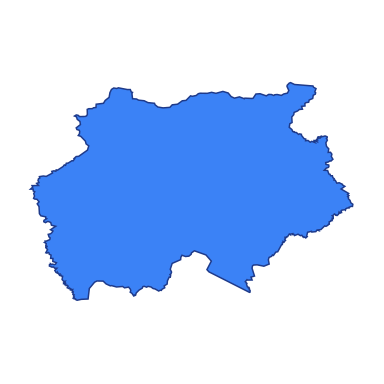 Khlong Lan, Kamphaeng Phet, Thailand, rotated 94°
{"feature_id": "78962969B45862873771637", "entity_name": "Khlong Lan", "entity_type": "district", "adm_level": 2, "iso_a3": "THA", "parent_name": "Thailand", "parent_adm1": "Kamphaeng Phet", "projection": "equal_earth", "projection_center": [99.272, 16.258], "detail": "fine", "context": "isolated", "style": "filled", "palette": "blue", "viewbox_px": 384, "rotation_deg": 94, "n_neighbors": 0, "source": "geoboundaries", "source_scale": "gbopen_adm2", "svg_char_len": 5922}
<svg xmlns="http://www.w3.org/2000/svg" viewBox="0 0 384 384"><g transform="rotate(94 192 192)"><path d="M289.7,271.3L291.3,267.0L291.0,265.6L292.0,260.7L291.1,254.6L292.3,252.6L291.3,248.6L293.3,246.7L294.8,246.2L296.2,246.7L297.3,244.8L299.8,242.9L299.1,241.5L298.7,241.9L298.4,241.0L296.6,240.6L293.4,237.8L291.5,235.0L289.8,234.4L289.4,233.1L290.1,230.6L289.2,229.3L289.6,226.3L291.0,224.1L291.3,222.1L293.1,218.3L292.2,216.8L292.3,215.7L291.1,215.1L289.4,212.5L287.6,213.2L285.6,210.4L282.3,210.3L278.5,208.8L278.5,207.7L276.8,207.5L275.8,208.2L275.4,207.4L273.3,206.8L270.6,208.3L264.6,206.8L260.3,198.6L258.0,198.6L255.8,197.6L256.8,193.9L256.2,190.6L254.2,188.5L252.8,188.3L250.5,185.5L253.8,173.7L259.6,167.9L268.4,171.7L270.5,169.5L288.1,127.7L287.8,127.1L286.0,127.2L285.7,128.1L284.4,128.0L283.8,129.0L283.2,128.6L282.7,130.2L279.7,131.3L279.3,130.9L277.8,132.6L275.6,131.0L276.0,130.4L275.6,125.9L272.8,127.2L271.5,123.8L263.8,126.8L261.5,126.5L260.6,125.6L260.1,122.0L261.0,115.1L258.5,110.0L254.3,111.1L251.9,110.6L250.6,108.1L249.2,107.4L249.6,106.3L246.2,104.3L245.6,102.3L238.3,99.0L238.1,98.2L236.3,98.3L235.9,97.0L235.0,97.6L235.1,96.5L233.7,95.3L232.7,96.2L231.8,95.6L230.8,96.0L230.8,94.8L230.1,94.6L230.0,93.6L227.1,92.0L227.9,90.6L227.1,90.6L226.5,88.6L227.4,88.6L227.1,87.5L228.3,86.8L226.7,83.3L228.0,80.8L227.5,79.4L229.0,78.3L228.8,77.6L229.5,77.2L229.1,76.3L229.9,75.3L228.4,73.9L227.9,74.5L224.1,73.9L222.9,70.1L223.6,69.7L222.9,65.7L221.2,64.6L221.6,63.0L221.0,63.5L220.5,60.8L216.6,57.3L216.9,56.0L215.7,54.1L214.6,53.6L214.5,52.8L212.2,53.1L211.5,51.5L210.8,51.5L210.7,50.2L210.1,50.5L208.9,49.5L208.4,50.2L208.1,49.3L206.7,49.4L205.9,50.5L205.0,49.0L204.0,48.5L204.7,46.9L205.2,46.9L205.3,45.6L203.9,44.2L201.9,43.9L202.8,43.1L202.6,42.3L201.9,42.4L201.9,41.4L200.3,41.9L199.7,41.3L199.0,38.4L199.5,37.7L198.0,37.4L197.2,36.1L196.9,34.2L196.4,34.4L195.2,32.1L195.2,30.9L193.0,30.7L191.7,32.8L189.3,33.8L187.9,35.5L186.5,35.5L185.8,36.4L184.7,35.2L183.7,36.7L182.5,35.6L178.6,43.5L175.7,39.9L174.5,42.3L173.8,42.5L172.5,45.8L173.1,48.1L170.3,49.9L170.1,51.3L168.9,51.0L167.8,52.5L166.0,53.1L166.1,54.9L164.7,55.5L164.5,56.7L161.1,58.2L161.1,61.6L158.9,59.8L157.9,57.6L156.9,57.2L155.5,57.5L155.1,60.3L153.3,60.7L152.6,58.2L151.3,56.6L151.5,55.6L149.5,53.7L146.9,55.5L144.5,55.1L142.7,56.6L143.0,58.9L139.4,58.6L137.1,61.0L133.6,61.9L130.8,60.6L129.1,61.7L128.5,60.9L127.4,61.1L126.8,63.2L127.7,65.6L127.2,66.7L127.6,67.6L128.3,67.1L129.4,68.1L129.2,68.9L128.1,69.2L128.2,70.1L128.7,70.4L129.4,69.4L129.9,70.6L131.1,70.4L130.6,71.0L131.6,71.9L133.0,70.9L132.0,73.8L132.8,74.1L134.0,73.0L133.1,76.1L134.1,77.5L132.5,79.9L132.9,82.3L131.3,82.2L130.9,84.0L127.8,86.8L126.8,86.9L126.5,88.7L127.1,89.7L125.4,92.0L125.3,94.2L124.7,94.3L124.6,95.8L122.7,96.7L120.7,99.5L117.1,99.2L115.7,97.0L110.2,97.7L107.8,95.9L105.5,95.7L103.8,92.3L102.2,90.7L101.7,87.6L98.9,88.7L98.3,85.3L95.8,85.6L94.9,84.5L94.3,81.9L92.0,81.5L90.3,78.1L87.0,77.8L85.8,75.8L84.3,75.6L83.6,76.5L80.2,75.5L79.0,78.1L77.8,78.7L77.6,97.2L76.0,101.3L76.6,102.6L78.9,104.5L80.1,104.6L84.0,102.5L86.7,103.7L87.8,107.3L89.4,109.6L88.8,113.9L89.2,116.2L90.0,117.1L89.2,119.7L89.3,122.3L90.9,124.6L89.2,131.0L89.8,135.1L94.2,137.6L94.5,138.6L94.7,145.9L95.3,146.3L93.8,151.3L95.4,156.2L94.1,159.6L90.7,162.8L89.5,168.2L91.9,175.0L91.2,179.4L92.5,183.6L92.9,190.8L93.5,192.6L95.4,194.5L96.5,198.3L96.2,200.2L101.0,204.3L101.7,208.1L105.4,212.5L106.4,217.8L109.1,220.0L110.1,226.7L109.6,232.0L107.6,234.9L106.1,235.6L105.9,242.2L104.3,246.1L104.1,251.7L103.1,253.8L103.1,257.8L98.0,258.8L96.8,258.3L96.5,259.5L94.1,260.7L94.3,263.7L93.2,272.7L94.0,274.3L93.7,277.3L95.3,279.5L98.6,280.8L103.4,281.3L106.7,285.0L109.7,286.5L111.1,293.7L114.4,293.7L114.8,296.0L115.8,297.3L116.1,300.8L116.9,302.3L121.9,301.8L123.4,302.5L124.1,303.9L124.6,309.4L123.4,311.0L123.2,312.8L124.4,314.5L125.1,312.5L127.6,311.5L129.4,308.7L132.5,308.0L136.1,312.0L137.7,311.2L138.3,308.8L139.2,308.3L141.6,308.3L143.6,309.4L144.2,306.9L148.7,301.9L151.4,301.0L153.2,298.2L157.5,299.2L164.3,307.5L164.7,310.0L166.8,312.0L167.1,311.4L169.2,312.8L169.2,314.0L171.8,317.6L172.1,319.4L174.2,320.0L173.9,321.3L175.6,322.4L179.6,327.7L179.4,329.0L180.8,329.3L180.5,331.2L181.2,333.3L182.8,332.5L186.6,338.5L186.4,341.4L187.3,345.3L188.7,344.8L189.6,346.1L191.4,346.4L193.3,345.3L194.2,347.6L196.2,345.6L196.8,352.0L198.2,351.2L200.4,353.3L200.2,350.6L202.0,350.5L202.7,348.9L204.7,349.8L207.0,348.8L209.4,349.6L210.0,348.5L210.1,346.1L212.5,343.9L214.6,345.6L217.2,343.6L224.3,342.7L226.3,341.1L227.0,336.2L228.3,336.1L228.8,335.1L230.6,337.7L232.0,337.8L232.8,336.0L231.6,334.3L231.5,332.9L232.3,330.8L234.9,329.9L235.7,325.6L239.5,330.5L240.6,328.0L242.3,328.9L243.5,330.1L244.3,332.5L246.8,331.5L247.7,330.3L249.4,330.6L251.2,334.0L251.2,335.1L252.3,334.9L252.6,335.6L253.6,333.8L255.7,334.1L256.3,332.8L256.9,333.0L257.0,334.0L257.7,334.0L259.5,332.1L262.8,333.6L263.1,332.4L262.3,331.3L262.9,330.3L264.0,330.1L264.8,328.2L268.1,328.4L268.0,326.1L271.0,326.0L272.0,322.3L273.6,323.2L274.0,324.3L273.7,326.3L274.1,327.1L273.4,328.2L274.0,328.2L274.3,329.1L275.8,329.1L276.7,326.5L276.5,324.8L277.6,323.7L277.5,321.5L279.8,323.4L281.7,322.1L282.2,320.9L281.3,320.7L283.2,319.3L283.1,317.9L284.4,318.3L284.7,317.5L284.2,316.7L285.0,316.2L285.1,315.2L288.4,315.5L290.1,313.7L289.9,312.4L290.9,313.2L290.7,311.7L291.6,313.7L292.4,313.7L292.0,311.7L292.6,311.6L292.9,312.5L293.5,312.2L293.6,311.3L294.2,311.0L293.8,309.7L294.6,309.0L296.2,309.8L297.0,307.8L296.5,307.5L297.1,307.1L296.8,306.5L297.4,305.7L297.9,306.0L297.7,304.6L298.3,305.1L298.3,304.3L299.5,304.4L299.7,303.8L300.4,304.4L300.9,303.5L302.4,303.7L302.9,302.4L304.0,303.0L304.8,302.2L306.1,303.1L306.2,302.1L306.8,302.1L306.8,300.7L307.4,300.6L308.0,299.1L306.8,294.9L306.0,288.2L295.4,287.7L288.8,282.9L287.4,280.6L287.1,274.4L289.7,271.3Z" fill="#3b82f6" stroke="#1e3a8a" stroke-width="1.5"/></g></svg>